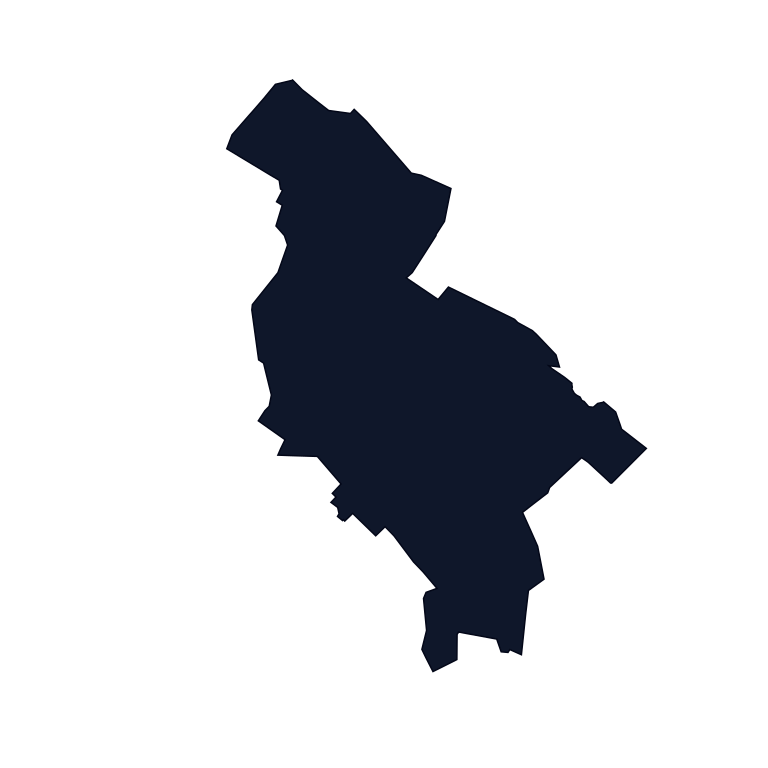 Huachinera, Sonora, Mexico (orthographic projection), rotated 214°
{"feature_id": "50627088B33572074725870", "entity_name": "Huachinera", "entity_type": "district", "adm_level": 2, "iso_a3": "MEX", "parent_name": "Mexico", "parent_adm1": "Sonora", "projection": "orthographic", "projection_center": [-108.938, 30.144], "detail": "fine", "context": "isolated", "style": "filled", "palette": "ink", "viewbox_px": 768, "rotation_deg": 214, "n_neighbors": 0, "source": "geoboundaries", "source_scale": "gbopen_adm2", "svg_char_len": 2043}
<svg xmlns="http://www.w3.org/2000/svg" viewBox="0 0 768 768"><g transform="rotate(214 384 384)"><path d="M645.9,491.1L614.6,492.7L594.8,493.7L584.8,494.3L578.8,487.8L576.5,487.9L575.0,475.0L568.3,475.3L561.9,454.6L549.6,451.4L541.6,445.3L534.2,417.0L537.5,376.2L535.0,371.5L501.4,333.9L495.5,334.0L489.5,328.5L471.2,311.9L466.7,301.3L467.8,295.3L467.6,283.2L434.9,282.5L433.5,272.7L432.2,265.7L421.0,272.7L398.8,286.7L363.7,277.1L365.7,264.4L360.6,263.4L361.8,256.2L353.4,255.8L348.7,251.3L348.5,248.2L346.4,248.0L342.0,247.6L341.8,248.8L339.9,248.4L338.8,253.5L337.6,259.3L336.3,259.0L334.7,258.7L329.7,257.8L306.0,253.5L303.3,266.3L295.9,264.8L290.8,263.7L260.0,253.0L246.6,250.1L225.8,244.2L232.6,234.8L231.3,228.3L210.9,203.5L204.2,185.2L196.3,180.6L182.6,173.0L169.5,196.3L183.4,217.3L183.4,220.1L147.9,235.6L145.8,234.0L137.1,227.5L131.1,230.8L131.2,234.2L118.7,236.4L137.9,272.5L148.8,293.6L142.2,311.7L155.2,324.7L165.9,335.4L180.1,344.3L187.4,348.8L197.4,355.0L193.4,367.3L187.4,385.3L188.7,390.4L188.8,390.8L183.7,413.1L180.3,427.7L179.0,433.4L178.5,433.4L173.4,433.4L170.9,433.3L146.1,429.5L140.8,428.6L139.8,429.2L130.5,477.3L161.8,479.4L165.0,481.9L176.3,490.3L191.9,492.0L192.4,491.0L194.5,488.9L196.0,487.3L197.1,483.1L197.3,482.4L197.7,481.6L199.0,481.0L200.6,480.1L201.7,479.7L201.9,479.7L208.3,481.4L210.7,481.0L214.2,482.8L218.1,482.4L221.0,482.7L224.0,484.2L224.5,484.4L225.6,485.2L226.1,486.7L227.8,488.4L228.6,489.7L238.1,490.5L253.2,490.6L257.7,491.3L248.0,496.2L257.7,504.3L285.9,510.5L288.2,510.8L290.7,511.2L306.4,509.8L307.5,509.7L311.9,510.6L384.8,500.4L386.4,484.3L424.9,484.4L422.9,492.1L423.3,512.6L423.9,535.9L423.9,536.1L424.5,537.2L424.8,552.6L429.6,564.0L437.8,583.5L469.8,577.9L479.3,574.1L545.1,591.9L556.0,593.9L562.3,595.0L563.1,589.5L582.8,579.8L595.0,580.6L616.4,582.2L629.8,584.9L629.9,584.5L630.5,583.8L636.1,577.7L641.6,571.7L642.1,566.0L643.0,556.9L643.2,554.4L644.5,543.8L644.5,543.7L645.5,535.6L646.0,532.0L649.3,505.6L645.9,491.1Z" fill="#0f172a" stroke="#020617" stroke-width="1.5"/></g></svg>